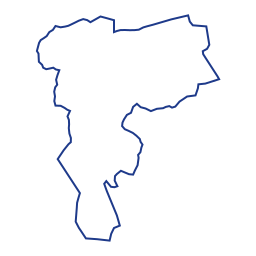 the district of São Joaquim do Monte, Pernambuco, Brazil
{"feature_id": "56859067B64848357432681", "entity_name": "São Joaquim do Monte", "entity_type": "district", "adm_level": 2, "iso_a3": "BRA", "parent_name": "Brazil", "parent_adm1": "Pernambuco", "projection": "mercator", "projection_center": [-35.85, -8.484], "detail": "fine", "context": "isolated", "style": "outline", "palette": "blue", "viewbox_px": 256, "rotation_deg": 0, "n_neighbors": 0, "source": "geoboundaries", "source_scale": "gbopen_adm2", "svg_char_len": 1659}
<svg xmlns="http://www.w3.org/2000/svg" viewBox="0 0 256 256"><path d="M79.9,193.1L78.4,198.1L77.1,202.8L76.8,207.6L75.7,221.7L78.9,227.9L81.2,231.3L85.9,238.4L97.2,239.2L109.6,240.6L111.2,233.8L114.0,228.0L119.8,225.6L116.9,215.5L114.3,209.2L106.8,191.0L104.2,183.8L106.3,181.1L111.0,186.8L114.5,187.2L117.4,186.2L114.7,180.6L115.0,176.1L116.9,174.0L120.9,170.8L129.0,174.2L133.1,174.6L134.9,170.5L137.6,165.2L138.6,157.8L138.1,154.9L140.4,152.2L141.4,147.5L142.5,144.6L140.6,141.9L139.8,139.0L136.5,135.8L132.8,132.9L128.5,130.8L124.8,129.2L122.1,126.1L122.5,122.6L124.0,119.4L126.9,114.9L131.0,112.8L133.1,106.9L136.9,103.8L140.7,107.2L145.6,108.5L150.9,111.1L156.9,108.8L163.1,108.2L165.8,106.9L169.3,106.1L172.0,107.6L175.3,106.6L179.5,101.6L187.1,96.5L195.5,95.4L197.9,88.3L198.4,84.3L205.3,83.6L219.1,79.2L217.6,76.5L205.5,57.8L203.2,54.2L202.8,51.2L207.1,48.8L209.3,44.8L206.3,26.4L192.8,25.3L189.8,21.6L188.1,15.4L171.2,19.4L153.1,24.7L146.7,26.4L143.3,27.4L138.8,29.7L134.7,30.1L129.9,30.2L124.8,30.0L120.4,30.1L116.9,31.0L114.0,32.1L114.0,20.2L105.7,17.9L100.5,16.5L90.4,22.2L87.2,20.1L83.2,19.1L78.8,20.7L75.2,22.5L71.3,24.4L68.3,25.8L65.0,26.6L60.6,27.3L55.5,26.0L52.9,29.9L49.3,32.1L46.7,36.1L43.7,38.2L40.7,40.1L39.1,42.8L38.2,46.1L36.9,51.0L38.5,53.6L38.7,58.1L38.9,61.8L42.1,64.8L43.2,67.7L46.2,69.2L49.3,68.6L53.3,67.7L55.9,69.5L59.3,70.2L57.5,75.1L56.1,79.8L57.2,84.7L55.2,87.3L54.2,91.7L55.0,96.4L54.3,101.1L55.5,105.6L60.7,105.8L64.6,107.9L67.2,109.7L70.0,110.9L67.5,116.4L68.9,119.9L69.1,124.4L68.8,128.1L69.4,133.6L70.9,138.0L70.8,142.2L68.5,144.2L63.7,150.2L57.7,159.1L79.9,193.1Z" fill="none" stroke="#1e3a8a" stroke-width="2"/></svg>